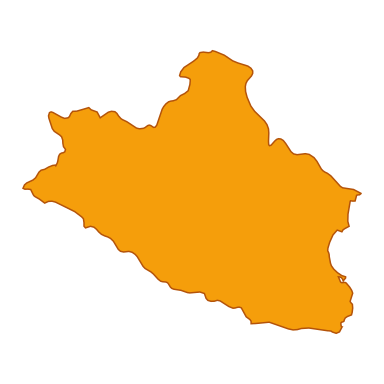 outline of Nghệ An
{"feature_id": "VNM-475", "entity_name": "Nghệ An", "entity_type": "Province", "adm_level": 1, "iso_a3": "VNM", "parent_name": "Vietnam", "parent_adm1": "", "projection": "robinson", "projection_center": [104.899, 19.281], "detail": "fine", "context": "isolated", "style": "filled", "palette": "amber", "viewbox_px": 384, "rotation_deg": 0, "n_neighbors": 0, "source": "natural_earth", "source_scale": "10m", "svg_char_len": 3354}
<svg xmlns="http://www.w3.org/2000/svg" viewBox="0 0 384 384"><path d="M208.4,52.7L210.7,52.3L212.4,50.7L215.4,51.5L224.3,55.2L232.6,60.8L237.7,62.9L247.9,66.1L250.9,68.2L252.7,70.9L252.7,73.4L251.5,75.9L247.3,80.7L245.9,83.5L245.3,86.7L245.6,91.6L247.1,97.3L250.8,106.0L254.6,111.3L264.5,121.0L267.0,124.7L268.5,128.9L268.8,133.0L268.5,141.2L268.7,144.7L269.6,145.7L271.1,145.2L274.8,141.0L276.6,139.4L278.5,138.7L280.9,139.0L283.3,140.5L285.7,143.5L291.0,151.7L293.6,153.9L297.1,154.7L305.3,153.7L309.2,154.4L314.0,157.6L316.9,161.3L321.3,169.0L323.0,170.8L324.9,172.1L327.4,173.3L330.9,175.9L340.4,186.4L342.6,187.8L353.6,189.5L361.0,193.4L360.8,193.8L359.5,194.8L357.9,194.9L356.6,195.3L355.1,201.0L352.9,201.1L350.5,200.8L350.1,201.8L348.0,214.1L347.8,221.3L349.1,226.3L344.7,228.7L343.0,229.9L341.9,231.8L337.2,230.1L333.0,234.9L329.7,242.2L327.9,248.2L327.7,250.8L328.6,252.6L329.1,254.3L329.3,256.9L330.5,263.3L331.4,265.8L333.8,269.2L337.5,272.7L341.8,275.6L345.6,276.8L345.6,278.0L343.2,280.9L342.5,279.1L341.5,277.8L340.1,277.0L338.4,276.8L340.3,281.4L340.8,282.3L341.9,282.7L344.9,282.4L346.2,283.0L349.8,287.3L351.7,290.4L352.7,293.2L350.1,301.4L350.9,302.7L352.4,304.3L352.7,308.1L352.2,312.2L351.5,314.9L347.4,316.5L345.3,317.9L344.4,319.6L343.9,321.3L342.8,321.9L341.6,322.2L340.9,323.0L340.9,324.3L341.2,326.0L341.6,327.2L342.0,327.1L339.5,331.9L336.2,333.3L332.3,332.0L331.1,331.1L328.9,330.8L328.0,330.8L308.8,328.0L301.3,328.5L297.3,329.6L293.1,329.9L288.4,328.9L269.2,322.2L255.6,323.5L251.1,323.7L251.1,321.3L250.0,319.6L246.2,316.8L241.3,307.8L239.1,307.1L237.1,307.4L235.1,308.0L233.0,308.2L228.8,306.5L220.1,300.9L217.3,300.3L214.4,301.2L211.0,301.3L207.9,300.4L206.1,298.4L204.4,293.5L199.9,292.0L189.9,292.9L187.5,292.6L180.9,290.3L173.8,289.2L171.8,288.4L170.4,287.1L168.4,283.8L167.5,282.7L165.8,282.0L162.5,281.7L160.7,281.2L158.1,279.2L153.4,274.0L150.9,271.9L145.1,268.5L143.1,266.4L137.2,256.6L135.1,254.3L132.2,252.3L128.9,251.4L123.6,252.0L120.5,251.3L118.3,249.4L113.4,241.2L110.5,238.4L107.7,236.9L104.7,235.9L101.4,234.3L98.7,231.9L96.5,229.3L94.0,227.2L90.5,226.3L85.5,227.9L84.0,226.2L84.0,222.6L83.4,218.7L81.6,216.8L74.7,211.6L55.5,202.1L52.0,201.2L48.4,201.4L44.7,203.1L39.4,199.1L35.0,196.6L33.8,195.6L33.0,194.2L30.7,189.5L27.9,189.1L24.8,189.2L23.0,188.3L24.5,184.9L26.8,182.9L33.0,180.0L35.6,177.8L39.0,172.1L41.1,170.2L44.7,169.3L48.7,167.0L52.8,165.4L55.3,165.1L55.8,165.8L57.3,162.9L57.8,161.0L58.6,156.4L59.7,154.2L61.4,153.1L63.3,152.7L64.8,151.8L65.5,149.4L63.5,146.7L62.9,143.4L62.7,140.0L61.6,136.8L59.7,135.0L54.3,131.4L52.3,128.6L48.9,118.2L48.5,115.8L49.5,112.6L51.1,111.9L53.0,112.5L61.3,117.1L64.6,118.4L68.1,117.8L69.5,116.5L70.8,113.6L71.9,112.3L72.8,111.3L76.6,111.2L83.8,109.1L88.8,107.6L91.1,109.8L97.1,112.0L100.2,117.8L108.3,112.2L111.4,111.3L114.9,111.7L116.9,113.4L118.5,115.9L120.9,118.6L122.4,119.6L126.8,121.7L136.5,128.1L139.5,128.8L143.5,128.3L145.0,127.6L147.7,125.6L149.2,125.1L150.7,125.5L153.6,127.4L155.2,127.2L156.8,125.1L162.2,109.2L163.7,106.6L165.9,103.9L168.6,101.8L170.8,101.1L173.1,100.8L176.4,99.7L180.5,95.6L184.7,93.5L188.2,90.7L189.9,84.5L190.2,81.2L190.2,79.4L188.9,78.3L185.6,77.1L180.5,76.7L179.6,75.6L180.7,71.9L184.0,67.5L193.4,61.3L197.3,58.1L198.9,55.3L199.2,53.6L200.0,52.6L203.3,52.1L208.4,52.7Z" fill="#f59e0b" stroke="#b45309" stroke-width="1.5"/></svg>